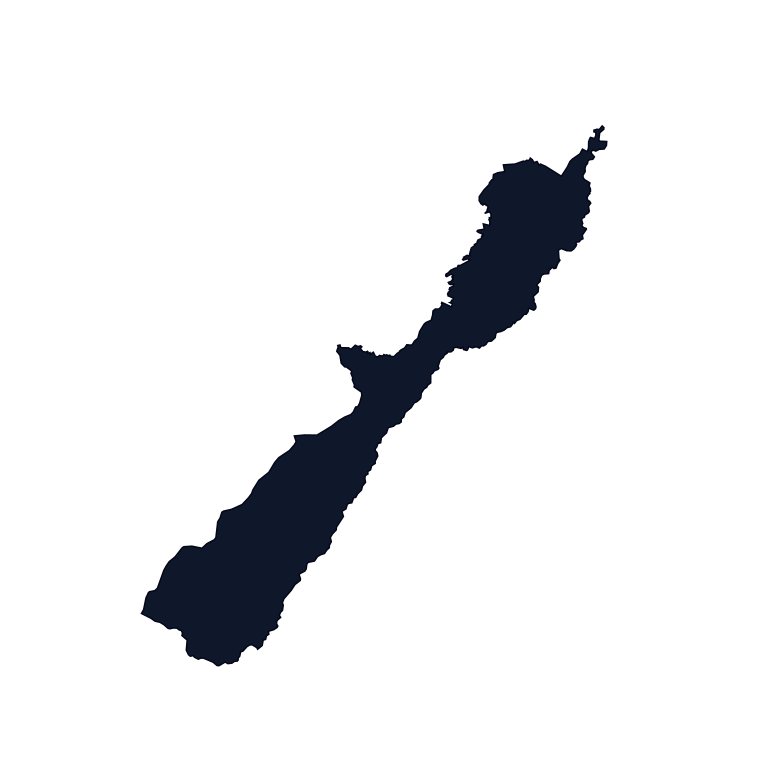 the district of Villa Del Rosario, Norte de Santander, Colombia, rotated 30°
{"feature_id": "7082276B64319066043835", "entity_name": "Villa Del Rosario", "entity_type": "district", "adm_level": 2, "iso_a3": "COL", "parent_name": "Colombia", "parent_adm1": "Norte de Santander", "projection": "albers", "projection_center": [-72.471, 7.772], "detail": "fine", "context": "isolated", "style": "filled", "palette": "ink", "viewbox_px": 768, "rotation_deg": 30, "n_neighbors": 0, "source": "geoboundaries", "source_scale": "gbopen_adm2", "svg_char_len": 6130}
<svg xmlns="http://www.w3.org/2000/svg" viewBox="0 0 768 768"><g transform="rotate(30 384 384)"><path d="M407.2,676.9L409.3,671.4L407.4,666.2L409.2,664.4L408.1,660.9L409.4,658.3L407.6,655.9L411.3,652.0L413.1,648.4L413.1,646.7L411.0,645.5L409.9,643.6L409.8,641.8L411.2,637.8L408.9,636.6L408.6,633.2L409.3,630.9L407.3,625.8L405.4,624.4L404.7,620.1L406.8,609.1L407.2,602.1L409.7,596.0L409.0,594.4L405.9,591.6L405.9,590.5L409.0,585.6L409.1,583.2L407.2,578.4L407.4,576.5L412.3,572.1L412.7,566.7L414.6,563.4L417.2,560.6L417.5,556.4L418.5,553.2L417.4,551.2L417.2,546.8L414.3,543.9L414.3,539.7L415.6,534.3L414.4,531.7L415.1,519.0L411.2,515.3L413.5,511.3L412.5,506.9L412.8,505.3L415.5,503.0L414.6,497.7L416.2,496.3L416.1,492.3L417.5,487.1L416.4,483.1L417.2,478.4L414.6,475.3L413.6,472.6L415.1,470.0L413.7,467.9L415.3,465.1L414.2,460.9L416.1,457.2L414.9,455.2L414.6,449.5L412.6,447.2L409.8,446.0L408.9,444.9L409.2,442.1L408.5,438.5L410.5,436.6L408.6,431.8L410.6,425.1L409.5,419.7L413.3,415.9L414.3,412.9L416.9,410.6L417.9,408.4L416.5,405.4L417.6,402.7L416.6,398.1L419.3,391.0L419.6,385.2L421.4,382.8L422.7,378.8L422.8,377.6L420.9,373.2L421.1,368.6L422.6,365.4L422.5,363.1L423.9,359.7L419.8,352.5L420.9,349.8L420.9,347.6L423.5,344.3L423.6,342.8L422.0,341.6L420.6,335.0L422.0,331.1L421.8,328.8L423.3,325.7L422.9,324.7L426.0,322.6L427.1,320.0L426.3,317.7L428.2,316.1L432.9,314.7L434.2,312.7L435.6,314.4L438.6,313.7L439.3,312.8L438.7,309.2L442.5,308.5L445.3,305.6L448.7,305.2L449.4,302.2L451.2,301.2L452.5,298.8L452.6,295.4L455.6,293.1L457.1,288.2L455.7,284.4L456.0,282.8L459.0,280.1L461.2,277.1L462.3,273.8L465.0,271.1L465.4,267.7L464.9,265.9L466.7,266.3L467.2,262.8L469.4,260.0L470.6,253.5L472.3,252.5L472.6,249.3L471.4,246.0L476.8,245.2L477.6,243.1L477.0,241.1L474.8,238.9L472.8,238.2L472.1,236.2L469.5,233.6L471.4,227.2L469.5,223.0L467.2,222.2L466.8,221.3L467.9,217.0L466.6,214.4L466.2,210.9L467.5,208.8L471.4,206.1L470.2,203.0L471.4,198.7L473.4,199.1L475.0,197.7L474.2,192.7L474.5,188.8L472.9,188.0L468.5,181.5L468.4,180.2L469.8,178.1L475.6,177.2L479.5,175.2L480.8,172.3L481.3,168.9L481.0,166.8L479.6,166.1L479.4,165.3L482.1,163.0L482.1,161.2L483.7,158.7L481.3,155.9L481.9,148.7L481.4,148.2L478.5,148.7L476.5,148.1L475.8,147.1L475.9,145.7L473.0,142.9L472.8,141.4L474.1,139.4L473.5,137.2L475.5,133.5L475.4,131.7L472.2,127.8L472.6,124.0L470.6,122.9L469.0,123.2L466.7,121.3L466.5,117.8L467.1,116.2L466.2,114.8L466.5,113.9L465.1,111.7L462.7,110.0L461.8,106.9L455.3,106.7L453.2,105.6L452.0,103.9L452.0,99.3L450.2,96.7L449.5,93.9L450.0,91.3L449.1,88.9L449.8,87.0L452.5,85.0L452.7,82.1L447.9,80.4L447.4,78.4L448.0,76.9L451.0,76.4L453.0,73.2L457.2,70.4L457.4,66.2L455.6,62.6L449.9,65.6L448.7,65.7L447.9,64.9L445.2,58.6L447.0,53.6L446.3,52.0L443.9,51.4L443.2,55.9L440.9,57.0L438.9,59.2L439.7,60.7L441.3,60.3L442.1,60.9L443.1,62.7L443.7,66.1L439.5,67.2L439.5,68.7L440.0,71.7L442.9,77.0L444.0,81.1L438.4,81.4L438.6,86.7L434.7,95.0L433.8,98.3L434.3,104.4L433.7,115.4L415.1,114.7L409.5,115.3L408.8,116.8L405.3,114.8L403.0,117.3L400.5,115.6L397.7,115.2L398.0,117.0L397.5,118.0L395.6,119.0L394.9,120.7L393.2,121.3L387.5,128.0L377.8,134.5L382.4,139.7L376.9,144.1L374.1,147.9L376.2,152.8L375.2,153.4L374.7,157.4L375.4,158.2L373.5,166.1L372.8,174.1L374.7,177.6L377.9,179.4L380.2,179.6L380.6,177.5L381.4,178.0L385.5,178.2L386.5,182.4L387.0,182.5L385.9,185.9L389.2,182.1L391.8,183.5L393.5,186.5L392.2,187.2L393.2,187.8L392.5,188.9L394.8,190.8L396.1,193.9L389.9,195.7L393.4,199.8L388.6,203.7L388.2,204.7L388.3,205.3L390.0,205.5L394.7,204.8L394.7,205.6L395.4,205.6L394.7,207.2L395.5,207.3L395.2,209.8L393.4,212.3L393.5,214.0L394.3,214.6L392.6,218.1L393.4,218.6L391.6,222.5L393.2,228.9L394.3,229.4L393.8,230.5L391.6,231.0L389.6,234.4L390.4,234.8L389.7,236.7L390.7,237.1L394.0,233.6L396.4,234.1L390.8,243.2L389.0,244.2L389.2,247.3L387.8,247.9L384.9,252.1L383.8,256.2L382.9,257.3L382.9,258.7L383.7,259.7L384.7,259.6L387.1,255.4L389.6,255.2L389.5,256.6L390.7,256.7L390.7,257.6L389.6,257.5L389.9,257.9L391.4,258.5L390.9,260.2L391.4,260.7L388.9,263.9L390.4,264.8L392.2,264.5L394.5,262.7L395.0,264.8L392.8,267.8L393.2,269.6L394.0,269.2L394.6,270.6L393.8,272.4L394.2,274.5L395.2,274.8L395.3,275.6L401.3,274.9L401.6,277.6L400.8,277.7L401.0,279.9L400.3,280.6L403.3,280.4L403.7,283.5L393.3,284.4L393.5,285.5L394.4,285.7L394.8,289.0L394.0,291.7L390.9,293.4L389.9,296.2L391.6,299.9L393.0,305.2L389.6,309.7L388.8,312.2L388.6,320.6L390.4,327.4L388.9,331.6L388.8,335.8L388.0,336.8L384.1,338.6L383.8,342.6L381.7,345.9L381.0,347.9L381.3,349.3L380.2,350.5L378.9,355.4L375.8,356.7L374.6,356.1L373.7,357.2L371.6,357.4L370.8,358.6L369.2,358.5L369.0,360.4L365.8,361.5L365.2,363.3L363.9,364.1L362.3,364.1L358.9,361.8L357.2,365.2L356.2,363.8L354.7,365.7L354.1,364.2L353.4,363.9L352.4,365.4L349.5,366.5L345.7,365.0L346.2,362.9L344.6,362.6L342.9,364.5L339.7,364.8L338.1,370.4L335.2,370.4L329.1,373.8L328.1,373.9L326.4,372.2L324.7,373.8L325.8,374.7L326.7,379.3L331.5,381.2L336.6,387.4L341.3,388.8L342.9,388.1L348.8,388.7L349.7,389.4L350.1,391.4L353.8,394.2L354.5,396.2L358.9,399.6L359.5,401.5L368.6,402.3L370.5,405.1L372.5,412.8L372.6,416.7L370.9,418.2L371.4,423.3L370.6,427.0L366.5,432.3L363.2,438.1L359.5,447.2L351.5,461.8L340.8,467.8L332.3,473.8L336.7,477.8L336.8,481.2L335.4,488.8L329.7,500.4L328.6,506.5L328.4,518.1L323.8,529.9L323.4,540.9L324.1,545.1L323.5,550.4L321.4,559.3L314.5,568.9L308.7,574.2L307.7,576.1L309.0,581.9L308.9,586.5L315.2,601.0L314.9,603.8L310.5,610.7L308.5,617.2L298.7,620.5L292.0,625.0L291.1,626.8L289.5,638.2L286.8,645.2L286.4,650.7L286.5,655.4L289.9,674.2L288.8,677.6L284.8,681.1L284.3,682.4L284.8,688.1L288.6,699.5L288.7,704.0L299.4,703.4L304.2,703.9L309.1,702.4L313.9,702.5L319.2,703.6L321.0,703.0L323.3,700.8L326.6,699.0L329.9,699.4L331.5,698.8L333.9,700.3L334.8,702.9L341.6,704.2L345.8,713.3L350.0,716.2L352.4,716.6L354.5,714.6L356.4,715.4L360.8,715.2L362.4,713.0L364.6,711.7L375.1,710.4L380.2,711.3L382.0,710.4L385.5,704.2L388.5,704.3L391.9,701.8L393.2,698.9L395.6,697.2L395.7,695.9L394.7,694.3L395.2,692.0L393.8,687.6L395.4,685.9L396.6,680.1L398.1,677.3L400.1,675.8L405.6,675.9L407.2,676.9Z" fill="#0f172a" stroke="#020617" stroke-width="1.5"/></g></svg>